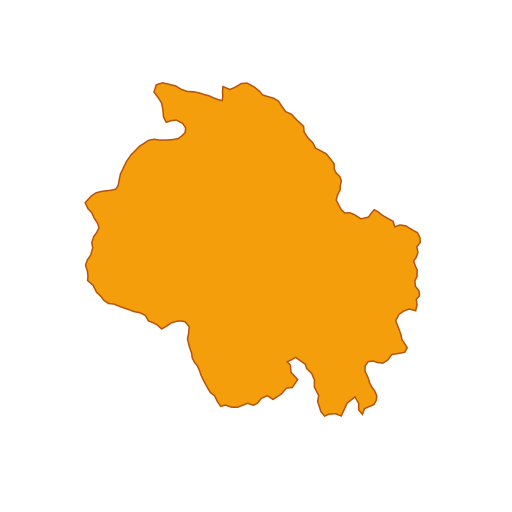 outline of Bueno Brandão, Minas Gerais, Brazil, rotated 297°
{"feature_id": "56859067B48142710212555", "entity_name": "Bueno Brandão", "entity_type": "district", "adm_level": 2, "iso_a3": "BRA", "parent_name": "Brazil", "parent_adm1": "Minas Gerais", "projection": "albers", "projection_center": [-46.355, -22.488], "detail": "fine", "context": "isolated", "style": "filled", "palette": "amber", "viewbox_px": 512, "rotation_deg": 297, "n_neighbors": 0, "source": "geoboundaries", "source_scale": "gbopen_adm2", "svg_char_len": 2925}
<svg xmlns="http://www.w3.org/2000/svg" viewBox="0 0 512 512"><g transform="rotate(297 256 256)"><path d="M392.0,149.6L387.3,151.5L383.6,153.7L379.1,155.4L378.1,150.8L377.6,145.9L377.4,141.2L376.4,136.7L375.5,131.2L374.1,126.1L371.5,120.2L370.5,113.6L371.1,107.2L369.5,100.7L367.9,94.1L363.2,89.4L355.7,90.7L352.8,96.8L349.6,102.2L344.8,106.1L337.9,110.5L334.4,115.3L338.3,119.3L341.0,123.4L340.8,130.5L338.3,135.1L333.8,136.8L329.8,135.6L325.3,133.4L321.8,128.8L318.1,122.6L315.4,117.3L313.9,112.4L310.3,107.8L305.3,105.0L301.0,102.4L295.1,100.6L289.2,98.7L281.6,97.7L274.5,97.8L267.5,98.0L261.9,99.5L256.2,101.2L251.9,100.7L248.6,96.8L245.6,92.1L242.9,88.4L239.7,84.8L234.6,81.9L225.9,79.6L221.9,84.8L220.0,90.0L216.4,94.5L213.2,100.0L209.9,103.3L204.7,103.4L199.8,102.6L193.4,103.6L189.1,106.8L181.9,108.3L175.7,107.5L170.3,108.3L166.2,112.5L162.0,115.3L157.7,117.1L155.8,124.4L151.2,130.5L150.0,135.1L147.5,140.5L146.7,146.1L148.7,151.3L149.1,156.7L149.8,162.5L150.5,167.0L151.1,172.6L152.8,178.5L152.8,184.5L149.3,189.6L149.8,194.4L149.8,199.0L148.2,205.1L153.0,208.2L157.7,210.7L161.5,214.6L164.1,218.5L165.2,222.9L162.7,228.5L157.3,230.8L150.9,232.7L145.1,237.6L140.1,242.8L136.1,245.6L133.2,249.7L131.5,253.7L128.4,257.5L124.7,261.3L121.2,265.9L116.6,272.6L113.7,277.2L112.6,282.6L108.7,287.8L106.0,292.8L109.3,296.5L110.1,302.6L112.8,308.2L121.0,315.4L121.7,321.2L125.2,324.0L131.6,325.4L136.7,329.6L135.9,336.3L144.7,341.3L152.0,343.0L155.3,348.0L164.8,349.3L168.3,340.0L174.5,336.1L175.8,331.7L179.2,334.4L183.7,337.4L181.9,349.1L178.8,352.2L176.7,358.8L172.0,364.4L165.7,367.5L160.1,375.2L154.4,376.9L146.8,384.5L144.5,389.9L148.1,392.6L151.5,398.4L152.2,404.6L166.3,404.0L175.4,408.2L171.2,414.5L165.5,417.3L163.2,422.7L169.2,422.0L173.4,425.3L177.0,428.5L181.9,428.7L186.2,427.1L189.6,423.2L191.8,418.7L194.6,414.8L198.2,411.4L203.0,405.3L207.9,403.1L212.9,404.0L215.6,408.0L216.3,412.8L218.1,417.6L223.3,420.7L229.8,421.7L233.4,426.6L237.7,432.2L242.9,432.4L245.4,428.3L248.0,423.8L251.9,420.7L256.0,416.3L261.7,409.9L269.1,409.9L274.3,412.9L278.3,416.5L279.7,423.1L285.5,421.7L290.1,418.5L294.8,419.7L298.9,417.1L301.3,411.9L305.8,408.9L311.0,408.7L316.7,406.0L319.6,402.3L323.2,398.7L327.7,399.4L332.6,398.7L337.2,395.1L342.7,396.2L346.7,393.8L350.1,389.2L350.3,382.6L350.9,375.8L349.0,370.1L345.0,366.4L349.2,362.3L349.3,356.1L349.7,349.8L350.8,344.9L350.9,340.3L346.8,339.3L341.7,338.5L336.8,332.7L337.5,325.2L337.1,319.9L334.6,315.5L336.2,310.5L338.8,306.8L342.3,302.1L347.5,300.9L353.1,300.9L357.4,299.0L361.6,298.0L364.8,294.6L366.4,289.7L368.9,286.2L373.6,283.8L376.6,277.5L378.9,272.3L379.1,266.2L379.1,260.1L382.7,255.2L385.0,248.3L388.4,242.5L393.1,239.6L395.6,231.0L398.4,223.2L398.1,216.9L401.0,211.2L404.2,205.7L404.6,200.2L403.5,194.6L402.5,188.7L404.4,184.3L405.8,177.5L406.0,169.5L402.9,164.5L397.3,161.1L392.5,157.2L392.0,149.6Z" fill="#f59e0b" stroke="#b45309" stroke-width="1.5"/></g></svg>